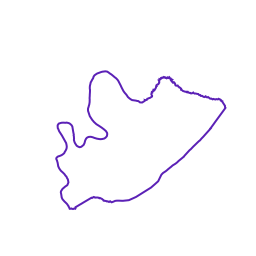 the district of Tumana, Upper River, Gambia, rotated 327°
{"feature_id": "56634734B54781332377439", "entity_name": "Tumana", "entity_type": "district", "adm_level": 2, "iso_a3": "GMB", "parent_name": "Gambia", "parent_adm1": "Upper River", "projection": "mercator", "projection_center": [-14.08, 13.369], "detail": "fine", "context": "isolated", "style": "outline", "palette": "violet", "viewbox_px": 256, "rotation_deg": 327, "n_neighbors": 0, "source": "geoboundaries", "source_scale": "gbopen_adm2", "svg_char_len": 5491}
<svg xmlns="http://www.w3.org/2000/svg" viewBox="0 0 256 256"><g transform="rotate(327 128 128)"><path d="M97.3,190.2L103.2,190.3L103.5,190.3L114.9,190.5L116.2,190.3L120.5,189.7L124.3,189.1L130.3,185.5L130.7,185.3L132.9,184.8L135.8,184.8L136.1,184.8L137.0,184.7L138.0,184.6L139.8,184.3L140.4,184.3L141.8,184.1L142.4,184.1L145.1,183.7L148.4,183.8L150.6,183.6L152.4,183.2L157.9,182.6L158.3,182.5L159.2,182.5L160.0,182.1L167.7,180.1L169.0,180.0L173.2,179.0L173.9,178.9L178.9,177.9L180.7,177.6L181.5,177.6L183.8,176.9L186.5,176.3L187.9,175.9L193.8,174.3L197.1,173.4L197.0,173.2L197.4,173.1L201.9,171.4L204.4,170.4L216.8,165.7L220.7,164.2L220.7,163.8L220.8,163.1L221.4,162.3L221.4,160.6L221.4,159.3L221.4,157.5L221.7,157.0L221.1,156.4L220.8,155.6L221.2,155.4L221.0,154.6L220.5,153.8L220.3,153.5L220.2,153.4L220.1,153.2L219.8,152.8L219.1,153.0L218.7,152.8L217.7,151.8L216.8,151.7L215.4,150.1L214.6,150.1L213.8,148.6L212.9,148.2L212.0,145.6L211.1,145.5L210.2,144.3L210.3,143.7L208.8,143.6L208.1,142.6L207.8,141.6L206.6,140.8L206.6,139.8L205.7,139.3L205.4,137.7L204.6,137.1L203.4,135.8L202.7,135.5L202.3,134.9L202.0,134.2L202.0,133.8L200.8,133.8L200.0,133.5L199.5,133.1L199.5,132.6L198.7,132.1L198.5,131.7L198.2,131.3L198.1,131.2L197.9,131.1L197.9,130.7L197.9,130.4L197.9,130.2L197.5,129.9L197.2,130.2L196.9,130.2L196.7,129.9L196.4,129.2L195.8,128.8L194.2,126.8L193.9,125.6L193.3,124.8L194.0,124.0L193.8,123.3L193.6,122.5L193.1,122.0L193.1,121.2L192.8,120.8L192.8,119.4L192.0,119.0L191.5,118.8L191.1,118.2L191.2,117.3L191.6,116.6L191.6,115.0L191.4,114.5L190.7,114.6L190.4,114.6L190.3,114.3L190.0,111.7L191.4,111.6L191.1,110.9L190.8,110.5L190.4,110.2L190.7,109.7L190.1,109.1L190.3,108.6L190.3,108.2L189.6,108.5L189.3,108.3L189.0,108.1L189.0,107.9L189.0,107.2L187.5,107.4L187.3,106.9L187.1,106.7L187.1,106.2L186.5,106.2L186.2,105.2L185.7,105.2L185.6,104.7L184.6,104.8L184.2,104.3L183.2,104.1L183.2,104.6L182.5,104.6L181.5,104.7L181.0,104.1L180.3,105.0L179.8,104.8L179.8,105.7L179.0,106.5L178.9,107.0L177.2,107.8L176.3,107.5L175.8,107.6L175.0,107.7L174.8,108.6L174.1,108.6L173.5,109.3L172.5,109.9L171.0,110.6L171.0,110.1L170.6,110.0L170.2,109.7L168.9,110.9L168.2,110.7L167.8,110.7L167.5,111.6L166.8,111.5L165.9,112.5L165.8,113.2L165.8,114.0L165.3,114.7L162.9,114.7L161.5,114.3L160.8,114.3L160.2,114.0L159.4,114.3L159.1,114.6L158.1,114.3L157.9,114.2L157.7,114.0L157.7,114.3L157.2,114.3L156.7,114.3L156.2,114.4L155.3,114.3L154.0,114.4L152.7,113.6L151.9,112.9L151.7,112.0L151.2,110.9L150.4,110.3L149.6,109.4L147.1,107.2L146.7,106.9L146.2,106.0L145.4,104.1L144.8,102.0L144.8,99.6L144.7,98.6L144.4,96.6L144.3,94.6L144.6,91.4L144.8,89.7L145.0,88.5L145.3,85.5L145.4,84.3L145.5,83.9L145.5,82.0L145.1,79.8L144.4,77.9L144.2,77.1L143.3,74.2L142.4,72.2L141.9,70.7L141.2,69.3L139.8,68.1L137.3,66.9L137.1,66.8L135.8,66.4L133.1,65.8L131.9,65.5L130.8,65.5L130.1,65.5L128.5,65.6L127.1,66.2L125.8,67.3L125.2,67.6L124.6,67.8L122.3,69.1L121.6,69.4L120.1,70.9L119.2,71.7L118.3,72.8L117.2,74.5L117.0,75.2L115.7,77.1L114.2,79.1L113.3,80.4L112.0,82.1L111.6,82.9L109.9,85.4L108.4,87.1L107.7,87.7L107.3,88.0L106.6,88.7L105.2,89.8L104.7,90.4L103.8,91.9L103.5,93.1L103.1,94.6L102.6,96.5L102.7,96.3L102.4,97.2L102.4,98.1L102.4,98.8L102.4,99.6L102.4,100.0L102.4,100.4L102.4,100.8L102.4,101.9L102.6,103.0L102.7,104.2L103.3,106.6L103.5,107.4L104.1,108.8L104.6,109.8L106.2,113.5L106.5,114.4L107.0,115.7L107.8,118.5L107.8,120.5L107.7,121.0L106.9,122.3L105.7,123.4L103.8,123.9L102.3,123.9L100.4,123.2L99.0,122.5L97.7,121.5L97.2,121.0L96.1,120.0L95.1,118.8L94.4,118.0L94.0,117.4L93.4,116.6L92.3,115.4L91.8,115.0L90.5,114.2L89.5,113.9L88.2,113.8L87.1,114.1L86.0,114.7L85.0,115.4L83.4,116.9L81.6,118.0L78.9,118.3L78.0,118.2L76.9,117.7L76.2,116.7L75.8,116.0L75.3,114.9L75.3,113.6L75.3,111.9L75.5,110.6L76.1,108.6L77.1,107.3L77.6,106.3L78.2,105.3L78.4,104.5L78.9,104.1L79.8,101.8L82.1,96.5L82.2,95.1L82.0,94.1L81.6,92.7L81.1,91.8L80.3,90.9L79.4,90.0L78.8,89.8L78.6,89.7L77.9,89.2L77.2,88.7L76.5,88.2L75.8,87.8L75.3,87.5L73.9,87.0L73.0,86.8L72.3,86.6L71.5,86.9L70.5,87.4L69.7,88.6L69.0,90.0L69.0,90.8L68.5,93.2L68.5,96.5L68.5,98.3L67.9,107.0L67.2,108.8L66.6,110.1L65.7,111.3L64.8,112.1L63.5,112.9L61.8,113.7L60.9,114.3L60.0,114.5L58.7,114.6L57.3,114.6L57.0,114.5L55.2,114.2L54.1,113.8L53.2,113.8L51.9,114.0L51.0,114.8L50.7,116.7L50.4,117.6L50.1,118.7L48.6,122.2L48.6,122.6L48.4,123.4L48.3,124.8L48.4,127.2L48.7,128.4L49.1,129.8L49.6,132.2L49.6,133.9L49.9,135.2L49.6,136.9L49.6,138.3L49.2,139.3L48.7,140.5L48.4,141.2L46.1,142.8L45.5,142.9L43.9,142.9L43.6,142.9L39.9,143.4L37.3,144.6L36.6,145.4L35.9,147.2L34.5,150.3L34.5,150.6L34.3,151.7L34.3,152.4L34.4,153.0L34.7,155.1L35.0,156.2L35.3,157.6L35.4,158.0L35.5,158.9L35.5,160.0L35.6,160.8L35.4,161.3L35.4,162.0L35.4,162.7L35.2,163.4L35.2,163.5L35.1,164.0L36.3,164.7L36.7,164.7L36.8,164.9L37.0,165.2L37.4,165.6L37.7,166.0L38.4,166.2L39.1,166.2L39.3,166.5L39.8,167.0L40.6,166.5L41.0,165.8L42.2,165.9L44.6,166.0L45.7,166.0L46.7,166.1L50.1,166.2L59.4,166.6L59.7,167.1L60.2,167.1L60.7,167.1L60.8,167.2L61.7,167.2L62.5,168.2L62.5,168.5L63.3,168.9L63.5,169.0L64.6,169.7L65.2,170.3L65.3,170.4L65.7,171.3L66.3,171.3L67.6,173.4L67.9,174.6L68.1,174.8L68.2,175.1L68.0,175.7L68.8,176.4L69.2,176.7L69.8,177.3L70.4,177.9L70.4,178.2L71.1,178.5L71.8,179.7L73.1,179.7L73.7,181.3L73.8,181.4L75.5,181.8L77.3,182.1L77.5,182.1L79.1,182.9L79.3,183.0L80.1,183.5L82.5,185.2L83.5,185.9L83.6,186.0L83.9,186.2L89.4,189.0L94.5,189.8L95.2,189.9L97.2,190.2L97.3,190.2Z" fill="none" stroke="#5b21b6" stroke-width="2"/></g></svg>